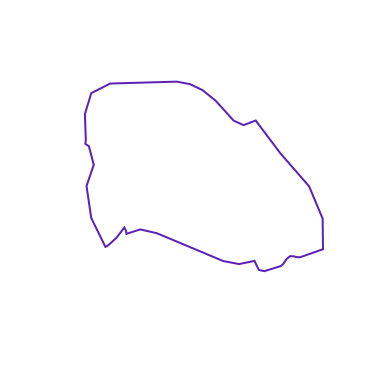 an SVG outline of Şərur, rotated 306°
{"feature_id": "AZE-2419", "entity_name": "Şərur", "entity_type": "District", "adm_level": 1, "iso_a3": "AZE", "parent_name": "Azerbaijan", "parent_adm1": "", "projection": "equal_earth", "projection_center": [44.997, 39.579], "detail": "fine", "context": "isolated", "style": "outline", "palette": "violet", "viewbox_px": 384, "rotation_deg": 306, "n_neighbors": 0, "source": "natural_earth", "source_scale": "10m", "svg_char_len": 659}
<svg xmlns="http://www.w3.org/2000/svg" viewBox="0 0 384 384"><g transform="rotate(306 192 192)"><path d="M212.8,52.4L231.6,62.0L235.7,67.3L272.4,114.9L278.1,127.1L280.6,140.6L279.7,157.6L274.2,183.8L276.4,194.4L287.3,201.5L275.3,240.5L265.4,283.5L247.2,313.4L222.7,331.6L202.9,317.9L201.0,315.3L199.7,312.0L197.8,309.1L193.4,307.9L187.4,308.1L184.5,307.5L170.4,297.0L168.3,291.8L173.0,283.0L161.4,272.5L154.5,257.9L138.0,187.8L131.3,172.1L119.6,163.6L121.8,161.5L123.5,158.1L110.7,157.8L98.9,155.4L96.7,154.2L111.8,125.7L134.8,103.2L156.3,96.5L168.4,81.7L168.3,77.4L171.6,75.6L192.0,59.6L212.8,52.4Z" fill="none" stroke="#5b21b6" stroke-width="2"/></g></svg>